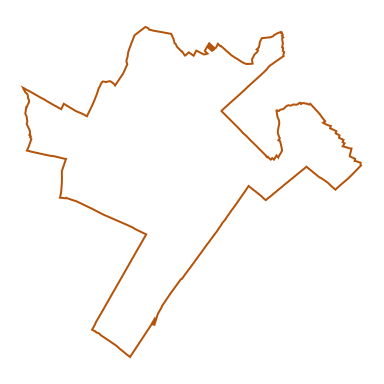 the district of Nopaltepec, México, Mexico
{"feature_id": "50627088B29090320991668", "entity_name": "Nopaltepec", "entity_type": "district", "adm_level": 2, "iso_a3": "MEX", "parent_name": "Mexico", "parent_adm1": "México", "projection": "orthographic", "projection_center": [-98.709, 19.801], "detail": "fine", "context": "isolated", "style": "outline", "palette": "amber", "viewbox_px": 384, "rotation_deg": 0, "n_neighbors": 0, "source": "geoboundaries", "source_scale": "gbopen_adm2", "svg_char_len": 5814}
<svg xmlns="http://www.w3.org/2000/svg" viewBox="0 0 384 384"><path d="M311.7,105.2L310.2,103.7L309.3,104.6L308.9,104.5L308.3,104.3L307.7,104.1L306.9,103.6L306.3,103.7L305.8,103.6L305.1,103.5L304.6,103.2L303.5,103.2L302.6,103.1L301.9,103.2L301.6,103.6L301.1,104.0L300.8,104.0L300.6,103.7L300.5,103.4L300.4,103.0L300.1,102.8L299.6,102.8L298.9,103.3L298.5,103.5L298.1,104.0L297.6,104.3L297.1,104.5L296.4,104.7L295.7,104.7L294.9,104.6L294.2,104.5L293.5,104.5L292.9,104.6L291.9,105.2L291.1,105.5L290.4,105.6L289.5,105.5L288.8,105.3L288.4,105.2L287.6,105.5L287.2,105.8L286.6,106.2L286.1,106.4L285.1,107.4L284.3,108.2L283.9,108.6L283.2,109.1L281.7,109.4L280.8,109.6L280.2,109.8L279.6,110.2L279.2,110.6L278.9,110.9L278.3,111.0L277.8,111.0L277.2,110.4L276.6,110.4L276.6,111.3L277.0,114.0L277.6,117.3L278.7,119.5L279.2,121.7L279.2,123.6L279.1,124.8L278.5,127.0L278.3,128.6L277.8,131.0L277.8,132.6L278.3,134.6L279.6,138.0L279.8,138.2L279.8,138.4L278.4,140.3L279.8,140.8L280.7,143.5L281.7,148.1L282.1,150.5L280.8,153.0L278.4,157.0L278.3,157.5L276.5,155.5L274.0,159.6L272.2,158.1L270.8,159.6L268.0,157.1L267.9,156.9L267.3,157.3L266.4,156.8L266.3,155.8L265.4,155.1L256.6,146.2L250.3,140.1L247.0,136.6L242.5,132.5L240.3,130.0L238.6,128.2L236.9,126.5L235.2,124.8L233.5,123.1L221.5,111.1L222.0,110.3L229.9,103.1L240.7,93.5L244.9,89.6L247.7,86.9L253.5,81.6L255.0,80.3L259.5,76.2L259.9,75.9L266.6,69.6L267.9,67.8L269.1,66.3L270.2,65.4L270.8,65.0L280.5,58.2L283.7,56.0L283.5,55.4L283.4,54.5L284.2,52.1L282.8,50.9L283.1,47.9L282.4,47.5L282.1,47.4L282.3,46.5L282.6,44.8L282.9,43.5L282.7,42.4L282.4,41.0L282.1,38.1L283.2,37.3L282.4,36.4L282.2,36.0L282.0,35.6L282.8,34.9L282.3,34.0L281.7,32.5L281.0,32.8L280.8,32.0L279.6,32.4L276.9,33.5L274.7,34.8L273.9,35.2L273.2,36.2L270.4,37.3L262.0,38.1L261.8,38.3L260.2,41.3L259.7,43.0L259.4,45.2L258.9,47.1L258.9,47.4L256.7,49.4L258.1,50.3L257.3,51.8L256.5,52.7L255.0,54.0L254.2,54.9L253.4,56.8L252.1,59.1L252.1,60.8L252.6,63.6L251.1,63.9L249.9,63.9L246.6,64.0L245.5,63.7L243.7,62.9L242.0,62.1L238.6,59.8L233.8,56.9L231.3,55.2L228.7,52.8L226.4,50.9L225.1,49.6L220.8,45.9L220.3,46.1L217.9,43.8L216.0,47.7L214.8,48.5L209.2,43.3L208.2,45.0L213.5,49.8L212.0,50.8L211.9,50.8L207.3,46.5L204.9,50.6L204.8,51.1L207.5,53.6L205.2,54.3L203.8,54.4L196.3,50.6L193.6,55.7L188.7,52.3L186.9,54.1L185.6,55.2L185.0,55.6L184.0,54.4L183.3,53.1L181.9,51.3L181.6,51.5L179.6,49.4L177.1,46.9L175.6,43.9L174.6,43.2L173.4,38.6L171.2,33.8L171.0,33.7L170.7,33.9L168.2,33.3L153.1,30.6L150.9,30.0L149.1,29.6L148.6,28.6L146.9,27.5L145.3,27.0L134.5,35.3L131.5,43.0L129.0,49.7L128.3,52.0L128.0,53.4L127.6,56.7L126.6,59.7L126.6,60.3L126.5,62.0L126.8,62.6L127.3,64.3L125.2,68.9L124.5,70.6L122.7,74.3L121.5,75.9L115.1,85.5L114.4,84.4L113.8,83.8L112.7,82.9L110.8,81.5L109.9,81.2L108.1,81.5L105.9,82.1L104.6,81.7L102.9,81.5L102.2,81.9L101.0,83.7L100.0,86.1L98.6,88.5L97.8,91.1L96.9,94.0L94.5,100.1L93.1,103.4L92.1,105.5L91.3,107.2L86.9,116.3L82.4,113.8L75.9,111.1L63.8,103.8L61.2,109.2L58.0,107.4L52.0,104.1L48.7,102.2L46.8,101.1L45.0,99.9L39.9,97.2L33.9,93.7L31.8,92.6L29.8,91.4L29.3,91.2L27.2,90.1L23.0,87.7L23.3,88.4L23.6,88.7L23.7,89.6L24.6,90.6L25.4,92.5L26.6,93.3L27.6,94.6L27.9,96.6L28.0,98.1L29.1,100.2L29.0,102.2L27.6,104.9L27.1,106.4L26.5,107.7L26.2,107.5L26.0,108.9L25.3,113.7L26.5,116.2L26.6,116.4L27.3,121.5L26.7,123.9L26.8,124.2L28.2,127.1L29.9,130.9L30.0,133.4L30.2,134.5L29.4,135.0L30.8,136.3L30.1,137.1L31.4,139.1L30.7,140.9L30.0,143.0L29.2,145.2L28.9,146.2L26.9,150.6L27.7,150.8L29.2,151.0L30.5,151.5L31.4,151.7L49.7,155.7L54.6,156.3L59.8,157.6L62.1,158.2L66.0,159.0L65.3,160.9L61.9,171.0L61.8,174.7L62.0,177.6L61.9,179.9L61.9,180.1L61.9,180.6L61.8,183.6L61.2,191.5L60.8,193.9L60.0,197.7L65.7,198.3L66.1,197.8L66.4,198.0L76.9,201.5L91.3,208.4L103.4,214.6L127.5,225.1L133.7,228.0L134.8,228.9L146.2,234.4L135.7,252.7L132.6,258.1L129.9,262.9L111.5,295.1L109.6,298.4L102.8,310.4L96.0,322.0L95.5,323.2L95.1,324.2L92.1,329.8L95.7,331.6L95.7,331.9L96.9,332.7L98.1,333.0L99.0,333.4L100.0,334.3L100.8,335.2L114.0,344.1L116.3,345.7L118.5,347.6L119.5,348.6L121.7,350.3L123.5,351.8L126.5,354.3L127.5,355.0L130.1,357.0L130.5,356.3L151.6,324.3L152.1,323.2L154.5,319.1L154.7,320.5L153.3,324.5L154.4,324.8L158.0,313.5L161.4,307.8L162.0,306.0L164.6,302.2L169.9,294.3L170.0,294.1L180.6,279.6L182.0,278.5L182.2,278.3L182.3,278.4L185.2,274.2L186.0,273.2L186.6,272.4L187.7,270.9L190.5,267.2L191.0,266.5L193.1,263.7L193.9,262.6L194.9,261.2L195.8,259.9L197.7,257.5L198.2,256.6L199.4,255.0L200.8,253.2L202.3,251.0L203.2,249.8L204.0,248.7L205.5,246.6L207.3,244.1L208.8,242.3L209.8,240.8L211.0,239.2L212.7,236.9L215.0,233.8L215.5,233.1L216.4,232.1L217.6,230.3L218.5,228.8L219.3,227.7L219.8,227.0L221.2,225.0L222.5,222.8L224.1,221.0L225.8,218.8L226.8,217.1L228.0,215.4L229.6,213.3L230.7,211.6L231.6,210.2L233.0,208.5L234.2,206.8L236.8,203.1L242.2,195.4L243.2,193.9L245.9,190.1L247.3,187.9L248.6,186.0L261.7,196.4L263.0,197.8L265.7,200.1L266.1,199.9L267.8,198.4L272.0,195.1L272.6,194.5L280.8,187.8L281.1,187.6L284.2,184.9L288.2,181.7L292.3,178.3L294.3,176.7L296.0,175.3L298.2,173.5L300.8,171.4L306.2,167.0L306.4,166.7L310.7,170.2L319.5,177.4L320.9,177.9L322.9,179.3L324.6,180.4L326.9,182.1L328.4,183.2L330.5,185.4L333.2,187.7L335.4,189.7L340.7,184.8L347.5,179.1L352.4,174.3L358.6,167.9L361.0,165.5L360.6,165.2L360.6,162.7L355.4,161.0L354.7,161.0L355.1,158.8L349.9,156.4L349.7,156.0L351.5,148.5L348.9,148.2L347.8,147.9L347.1,147.5L344.8,146.9L342.7,146.3L344.6,143.3L342.6,142.2L343.5,139.9L339.3,137.9L339.0,137.8L339.5,135.3L337.7,134.3L335.7,133.4L335.6,133.2L336.4,131.2L332.4,129.3L330.1,128.3L330.8,126.0L328.9,125.5L325.6,124.1L323.1,122.8L325.2,121.4L323.7,119.4L322.2,117.6L320.8,115.5L319.8,114.2L318.1,112.2L315.8,109.7L314.8,108.8L314.5,108.1L313.8,107.6L312.7,106.5L311.7,105.2Z" fill="none" stroke="#b45309" stroke-width="2"/></svg>